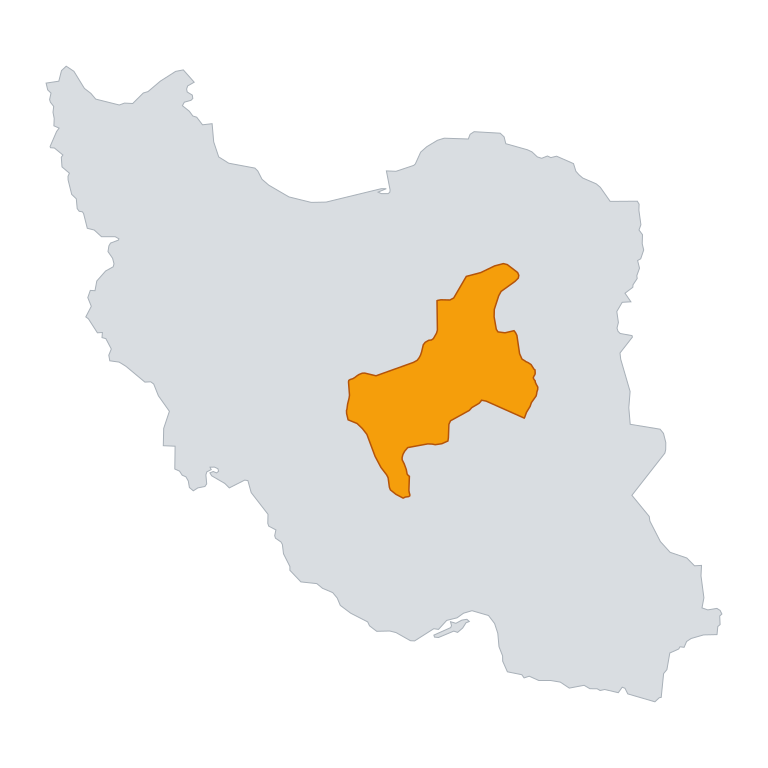 where Yazd sits in Iran
{"feature_id": "IRN-3217", "entity_name": "Yazd", "entity_type": "Province", "adm_level": 1, "iso_a3": "IRN", "parent_name": "Iran", "parent_adm1": "", "projection": "natural_earth1", "projection_center": [55.694, 32.497], "detail": "fine", "context": "in_parent", "style": "filled", "palette": "amber", "viewbox_px": 768, "rotation_deg": 0, "n_neighbors": 0, "source": "natural_earth", "source_scale": "10m", "svg_char_len": 5218}
<svg xmlns="http://www.w3.org/2000/svg" viewBox="0 0 768 768"><path d="M386.4,170.9L396.0,171.3L413.7,165.4L415.3,164.0L420.7,152.1L426.8,146.7L437.4,140.3L444.2,138.2L468.3,139.0L470.1,134.3L474.1,131.7L500.2,133.2L504.1,136.9L505.8,143.7L527.5,149.8L532.0,151.9L537.3,156.9L541.7,158.3L547.4,156.0L550.8,157.6L556.6,156.2L573.5,163.6L575.9,171.3L579.0,174.8L582.7,178.0L596.3,183.9L600.3,187.3L610.2,201.4L637.3,201.2L639.1,204.2L638.9,210.3L640.9,224.7L639.0,230.0L642.5,234.7L642.2,243.7L643.7,250.0L640.7,258.8L637.6,260.5L639.5,268.2L636.8,275.7L637.2,278.5L633.0,284.8L632.8,287.3L625.0,293.2L630.9,301.8L622.2,302.3L616.8,311.5L618.4,322.5L617.0,328.1L618.0,331.3L620.2,333.5L632.0,335.6L632.4,337.1L620.0,353.0L620.7,359.2L630.1,391.5L628.8,407.7L630.2,424.3L660.1,429.2L663.5,433.4L665.8,442.6L665.7,449.5L664.9,453.1L631.9,495.3L649.2,516.4L649.9,521.1L660.4,541.6L670.1,552.3L686.8,558.0L694.5,565.8L701.5,565.4L701.0,575.9L703.9,597.8L702.0,607.9L707.8,609.9L716.9,608.4L720.1,610.4L721.9,614.0L719.7,616.0L720.1,624.6L717.8,626.5L717.0,634.6L703.6,634.9L691.1,638.5L686.6,641.5L684.1,647.3L680.0,646.8L678.7,649.0L669.8,653.0L666.9,669.6L663.6,673.6L661.2,697.4L659.3,697.7L654.9,701.8L627.8,693.9L625.0,688.3L622.2,687.2L618.3,692.7L604.7,689.5L600.1,690.5L597.2,688.8L589.9,688.7L584.1,685.3L569.3,688.1L560.3,682.1L550.7,680.5L538.8,680.5L529.2,676.2L524.1,677.9L521.8,674.7L507.4,671.8L502.7,661.2L502.6,655.9L499.0,646.7L497.8,633.3L494.6,623.5L488.5,615.5L472.0,610.7L463.5,613.2L457.1,617.8L446.7,620.4L438.5,629.4L433.8,628.7L414.6,640.9L410.4,640.7L396.1,632.6L389.8,631.0L376.7,631.3L369.5,625.8L367.7,621.9L350.7,613.2L340.3,605.4L337.2,598.0L332.7,592.6L322.5,588.3L316.8,583.6L300.9,581.9L289.9,570.3L289.9,566.5L283.5,553.8L282.4,544.5L281.0,542.0L275.5,538.2L274.7,535.7L275.9,529.9L268.8,526.2L267.8,523.4L268.0,514.3L251.2,492.6L247.9,480.6L244.7,480.1L229.3,487.9L224.9,483.5L211.7,475.8L209.9,472.9L213.2,471.5L216.6,472.9L218.6,471.3L217.9,468.7L214.5,467.1L210.0,467.2L211.2,469.6L206.8,471.9L205.9,474.9L206.7,483.9L204.9,486.5L197.8,487.9L193.3,490.8L189.4,487.5L188.3,481.0L185.9,476.8L182.2,475.2L179.5,471.1L174.8,469.0L175.1,446.2L163.3,445.7L163.7,428.4L169.4,411.3L158.4,395.8L153.7,384.0L150.7,381.8L144.9,382.1L125.8,366.2L119.1,362.1L109.8,360.8L108.8,355.2L111.3,349.0L107.1,341.0L105.8,338.6L102.0,337.6L102.4,332.5L97.4,332.8L88.4,318.8L85.8,316.9L91.3,306.3L87.8,297.6L90.3,290.4L95.0,290.7L96.8,281.0L105.6,271.0L113.2,266.8L114.0,263.8L112.6,258.3L108.0,251.6L108.9,245.9L110.5,243.1L118.4,240.1L118.9,238.8L115.2,236.7L101.5,236.7L94.2,230.0L87.3,228.3L83.6,213.6L82.4,211.8L79.2,211.3L77.2,208.6L76.3,198.8L71.7,194.4L68.1,179.9L68.0,176.3L69.4,173.2L62.0,166.9L61.3,157.3L62.9,155.0L54.4,148.0L50.5,147.7L50.1,146.5L56.6,131.5L59.1,128.1L53.9,125.8L54.2,118.4L53.0,112.3L53.7,106.4L50.4,102.2L49.6,99.6L51.0,93.1L47.7,89.9L46.1,83.1L58.8,81.2L61.5,70.6L66.2,66.2L73.9,71.3L84.4,88.4L90.9,93.4L95.7,99.1L119.3,105.0L124.5,103.1L132.7,103.5L143.3,93.0L148.0,91.6L160.4,81.1L175.6,71.4L183.3,69.9L194.2,82.2L187.7,85.9L186.6,89.0L187.2,92.0L192.3,95.1L192.8,98.5L191.0,100.3L184.3,102.2L182.4,105.7L189.4,111.3L192.8,116.0L196.7,117.2L202.5,124.8L212.1,123.7L213.7,141.9L218.7,156.9L228.7,163.2L254.9,168.1L257.8,171.0L262.0,179.3L268.7,185.1L288.9,196.9L311.2,202.4L326.1,202.1L381.2,188.7L386.3,188.7L378.1,192.1L381.2,193.6L388.2,193.6L389.8,192.2L390.1,190.0L386.4,170.9ZM466.0,622.8L462.7,628.0L457.6,632.4L453.8,631.1L438.5,637.5L434.5,637.1L433.9,635.1L450.7,627.6L451.5,625.6L450.5,621.7L455.9,623.3L461.9,620.1L466.9,619.3L469.3,621.5L466.0,622.8Z" fill="#d9dde1" stroke="#a8b0b8" stroke-width="1"/><path d="M376.0,375.8L413.4,362.4L417.2,360.3L419.1,357.8L420.5,355.2L421.6,351.9L423.3,344.7L425.2,342.3L428.7,340.3L431.4,340.0L433.4,338.6L436.5,333.2L437.4,330.1L437.0,300.8L437.0,300.7L437.6,300.4L440.9,299.8L449.9,300.0L453.7,298.0L466.3,276.4L480.7,272.6L494.6,265.9L503.4,263.6L507.3,264.6L517.6,272.5L518.8,275.3L518.3,278.1L515.0,281.4L501.1,291.4L498.7,295.8L494.3,309.4L494.1,316.8L496.3,329.3L498.0,331.9L505.0,332.8L514.0,330.7L515.5,332.6L516.9,335.4L519.6,353.7L522.0,359.1L525.0,360.9L525.8,361.6L528.1,362.6L531.1,364.6L534.0,369.2L535.0,369.9L535.2,373.2L534.9,374.6L533.9,376.2L533.3,377.7L533.6,378.7L534.2,379.7L535.2,380.9L535.3,382.2L536.4,384.6L537.8,387.1L537.7,389.5L536.9,391.9L536.6,394.0L536.1,396.0L531.4,402.6L530.1,406.4L526.5,412.3L524.7,417.3L524.2,418.1L486.1,401.1L481.5,400.2L480.8,401.4L479.1,403.3L471.8,407.6L469.3,410.4L450.5,420.8L448.9,424.3L448.4,437.9L447.9,441.0L441.9,443.7L435.2,444.7L432.3,444.1L427.7,443.9L407.7,447.6L404.6,451.3L402.9,454.5L402.1,457.7L402.2,459.9L404.2,463.8L406.3,469.6L407.1,474.0L408.2,475.4L409.4,476.3L408.9,490.3L409.3,492.8L409.8,494.5L409.8,495.8L408.7,496.6L405.1,497.1L404.7,497.4L403.1,498.1L395.9,494.3L390.4,489.9L389.4,487.3L388.1,477.7L386.6,474.8L381.0,467.5L375.1,456.4L366.9,434.4L362.4,428.6L357.1,423.5L348.1,419.8L346.6,413.5L346.5,410.4L346.9,409.4L347.6,404.1L349.1,398.0L349.5,395.2L348.5,381.9L348.8,380.4L350.2,379.5L352.8,378.7L355.1,377.3L356.7,376.0L358.8,374.6L362.2,373.2L364.8,373.1L376.0,375.8Z" fill="#f59e0b" stroke="#b45309" stroke-width="1.5"/></svg>